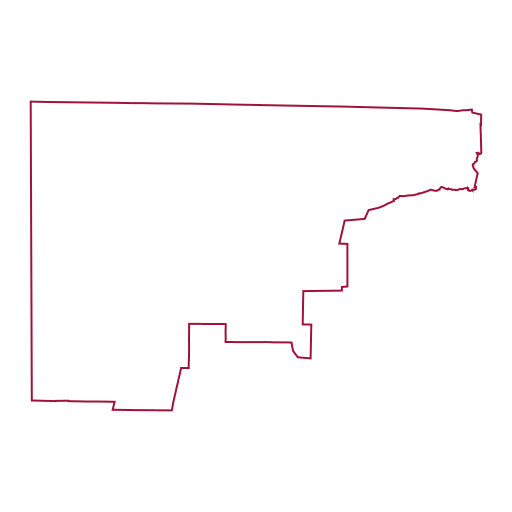 Pocho, Córdoba, Argentina (Robinson projection)
{"feature_id": "61730980B20468593076410", "entity_name": "Pocho", "entity_type": "district", "adm_level": 2, "iso_a3": "ARG", "parent_name": "Argentina", "parent_adm1": "Córdoba", "projection": "robinson", "projection_center": [-65.259, -31.51], "detail": "fine", "context": "isolated", "style": "outline", "palette": "rose", "viewbox_px": 512, "rotation_deg": 0, "n_neighbors": 0, "source": "geoboundaries", "source_scale": "gbopen_adm2", "svg_char_len": 5801}
<svg xmlns="http://www.w3.org/2000/svg" viewBox="0 0 512 512"><path d="M30.7,101.6L31.8,400.5L32.1,400.5L55.4,401.1L55.4,400.9L68.4,400.7L68.6,401.2L81.8,401.4L84.7,401.5L90.2,401.5L104.6,401.6L114.6,401.8L112.7,409.8L116.2,409.8L127.5,410.0L129.4,410.0L131.2,410.0L131.8,410.0L133.0,410.1L134.7,410.1L135.3,410.1L136.4,410.1L139.4,410.1L141.0,410.1L143.2,410.2L145.1,410.1L145.6,410.2L146.2,410.2L147.3,410.2L147.5,410.2L149.4,410.2L151.9,410.2L152.5,410.2L154.2,410.2L155.3,410.3L157.6,410.3L159.3,410.3L161.1,410.3L162.8,410.3L163.4,410.3L164.6,410.3L165.1,410.3L166.9,410.3L167.5,410.3L168.1,410.4L169.9,410.4L171.2,410.4L171.8,410.4L172.0,409.7L172.3,408.3L172.6,406.0L172.8,404.8L172.9,404.3L173.1,403.1L173.3,402.5L173.5,401.3L173.8,400.2L173.9,399.6L174.2,398.5L174.4,397.3L174.7,396.1L175.1,394.4L175.2,393.8L175.5,392.7L176.1,390.0L176.7,387.2L177.4,384.5L177.9,382.3L178.0,381.8L178.2,380.7L178.7,378.5L179.4,375.7L180.0,373.0L180.6,370.2L180.7,369.7L181.0,368.6L181.1,368.0L181.8,368.0L182.3,368.0L183.5,368.0L185.8,368.0L186.4,368.0L187.5,368.0L188.7,368.0L188.7,366.8L188.7,366.2L188.7,364.4L188.8,362.1L188.8,361.5L188.9,360.4L188.9,358.7L189.0,356.9L189.0,356.3L189.0,355.1L189.1,350.1L189.1,348.3L189.0,347.7L189.1,346.6L189.1,345.4L189.0,344.8L189.1,343.7L189.1,342.5L189.0,341.9L189.0,340.8L189.0,340.2L189.0,339.0L189.0,337.9L189.0,337.3L189.0,336.1L189.1,335.5L189.0,335.0L189.1,333.8L189.1,333.3L189.1,332.1L189.1,329.3L189.1,329.0L189.1,325.0L189.1,324.5L189.1,323.9L189.7,323.9L190.8,323.9L191.4,323.9L192.6,323.9L194.9,323.9L197.9,323.9L199.1,323.9L201.4,323.9L202.0,323.9L203.1,324.0L203.7,324.0L205.4,324.0L206.0,324.0L207.1,324.0L207.7,324.0L209.4,324.0L210.0,324.0L210.6,324.0L213.6,324.0L215.4,324.0L217.1,324.0L219.3,324.0L220.0,324.0L222.3,324.0L222.8,324.0L223.4,324.0L225.7,324.1L225.7,325.3L225.7,325.8L225.7,327.0L225.7,327.7L225.6,328.9L225.6,329.5L225.6,330.2L225.6,330.8L225.6,333.3L225.7,337.9L225.7,338.5L225.6,339.7L225.6,340.2L225.6,342.0L227.8,342.0L230.1,342.0L232.3,342.0L234.5,342.1L236.8,342.1L239.0,342.1L241.8,342.1L244.0,342.1L244.6,342.1L245.7,342.1L247.4,342.2L247.5,342.2L250.6,342.1L251.2,342.1L251.7,342.1L252.9,342.1L254.0,342.1L254.5,342.1L255.7,342.1L257.9,342.1L258.5,342.1L259.6,342.1L261.3,342.1L263.6,342.1L264.1,342.0L266.0,342.1L268.1,342.1L269.8,342.2L271.7,342.2L271.8,342.3L272.4,342.3L272.9,342.3L273.5,342.3L274.6,342.3L275.7,342.3L276.3,342.3L277.4,342.3L278.0,342.3L279.7,342.4L280.2,342.4L281.9,342.4L282.5,342.4L284.2,342.4L284.7,342.4L286.4,342.4L287.0,342.4L288.1,342.4L288.7,342.4L289.2,342.5L290.9,342.5L291.5,342.5L292.0,345.4L292.5,348.1L293.2,351.1L297.8,357.3L307.5,358.1L310.6,358.4L311.1,334.8L311.3,324.6L302.7,324.4L303.3,291.1L341.9,290.6L341.9,287.0L347.4,286.5L347.4,261.6L347.4,257.4L347.4,243.9L342.5,243.7L339.3,243.6L344.1,223.2L344.6,220.6L364.7,218.9L368.6,210.1L378.1,207.9L381.2,206.8L382.9,206.1L383.5,205.9L385.5,204.8L386.5,204.2L387.0,204.0L388.0,203.4L389.3,203.0L390.1,202.6L390.7,202.4L391.8,201.8L394.1,200.8L393.9,200.0L393.7,199.2L394.4,199.2L395.0,199.1L395.6,199.0L396.3,198.7L397.1,197.9L397.3,197.8L397.7,197.7L398.0,197.8L398.1,197.7L398.6,197.1L399.1,196.6L399.5,196.2L399.7,195.9L399.8,195.9L401.5,196.0L402.6,196.1L403.1,196.1L403.7,196.2L404.3,196.1L404.9,196.0L406.1,195.8L408.6,195.4L409.8,195.3L410.2,195.4L410.7,195.4L411.0,195.4L414.0,195.1L415.7,194.6L416.2,194.5L417.3,194.2L418.4,193.9L418.6,193.4L419.6,193.3L420.2,193.5L423.0,192.6L423.6,192.4L424.7,192.0L426.9,191.3L427.5,191.1L428.0,190.9L430.6,189.7L431.7,189.9L434.2,190.6L435.6,190.8L436.9,190.8L437.5,190.2L438.7,189.6L439.5,189.6L439.6,189.0L439.8,188.6L440.1,188.4L440.8,187.5L441.0,187.2L441.7,186.9L441.9,186.9L442.7,187.4L443.3,187.5L443.8,187.7L444.6,188.3L445.1,188.4L445.3,188.6L445.7,188.8L446.5,188.9L447.2,189.0L447.5,189.2L447.6,189.3L448.3,188.8L448.5,188.5L449.0,188.9L449.2,189.0L449.6,189.2L449.9,189.3L450.3,189.2L450.7,189.1L451.2,189.2L452.0,189.7L452.7,189.8L453.2,189.7L453.6,189.8L454.3,189.8L455.0,189.8L455.4,189.8L455.6,190.0L455.9,190.1L456.3,190.1L457.5,190.0L457.7,189.9L458.4,189.7L458.9,189.3L459.4,189.2L460.2,189.0L460.5,189.1L461.2,189.1L461.4,189.0L461.8,189.1L462.1,189.2L462.4,189.2L462.5,189.2L462.8,189.2L463.9,188.5L464.9,188.3L465.8,188.1L466.7,188.2L467.4,187.9L467.5,187.7L467.6,187.8L468.0,188.0L468.4,189.1L468.6,189.6L468.1,189.7L467.4,190.0L467.2,190.0L468.5,190.3L469.3,190.8L469.7,190.9L470.6,190.9L471.4,190.4L471.9,190.2L472.3,190.2L472.5,190.4L472.5,189.6L473.1,189.6L473.7,189.7L473.8,189.7L474.3,189.7L474.8,189.7L475.8,189.2L475.8,188.8L476.0,188.1L476.0,187.6L476.0,187.4L476.0,187.1L474.6,187.2L475.1,184.7L476.6,178.0L477.7,173.2L477.2,172.7L476.8,172.1L475.7,170.9L475.1,169.9L474.5,169.6L474.2,169.3L474.2,169.0L474.0,168.6L473.6,168.0L473.2,166.9L473.3,166.5L473.0,165.8L472.8,165.1L472.8,164.9L472.7,164.7L472.9,164.3L473.2,164.0L474.1,163.7L474.5,163.0L474.9,162.2L475.0,162.0L475.4,161.8L476.2,161.5L476.6,161.3L476.9,160.8L476.9,160.6L476.9,159.9L476.8,159.2L476.8,158.5L477.0,158.1L477.3,157.5L477.5,156.8L477.7,156.1L477.8,155.6L477.5,154.5L477.4,154.1L477.2,153.6L477.0,153.2L476.9,153.0L477.2,153.0L477.6,152.8L477.9,152.7L478.3,153.0L478.7,153.2L479.2,153.4L479.3,153.9L479.6,154.1L480.0,154.0L480.8,153.6L480.9,153.2L481.1,153.0L481.3,152.9L481.1,145.5L480.8,134.0L480.7,133.5L480.7,132.9L480.5,125.0L480.5,124.3L481.0,124.6L481.2,114.6L472.4,112.6L472.0,110.9L471.8,109.6L465.0,110.3L463.4,110.2L457.0,111.1L449.6,110.2L422.3,108.6L421.8,108.6L370.8,107.3L343.9,106.6L340.7,106.5L338.6,106.5L326.3,106.3L316.8,106.1L316.0,106.1L261.6,105.1L259.2,105.0L236.5,104.6L223.7,104.3L219.6,104.2L190.6,103.6L156.9,103.4L141.1,103.1L131.2,103.1L115.6,102.8L89.5,102.5L48.3,102.0L31.2,101.6L30.7,101.6Z" fill="none" stroke="#9f1239" stroke-width="2"/></svg>